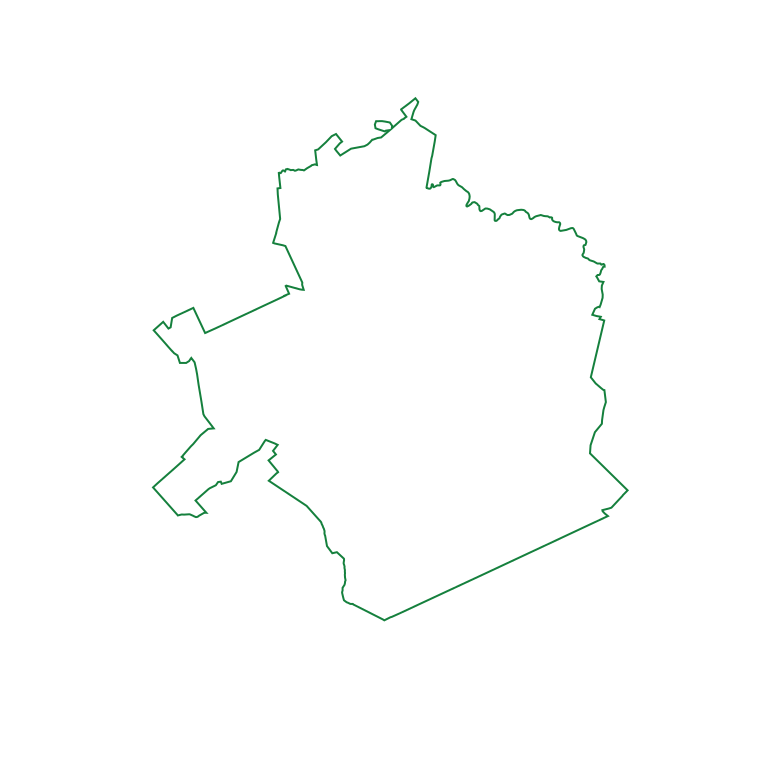 the district of Zalves pag., Neretas, Latvia, rotated 146°
{"feature_id": "27541924B93655267023488", "entity_name": "Zalves pag.", "entity_type": "district", "adm_level": 2, "iso_a3": "LVA", "parent_name": "Latvia", "parent_adm1": "Neretas", "projection": "orthographic", "projection_center": [25.189, 56.336], "detail": "fine", "context": "isolated", "style": "outline", "palette": "green", "viewbox_px": 768, "rotation_deg": 146, "n_neighbors": 0, "source": "geoboundaries", "source_scale": "gbopen_adm2", "svg_char_len": 6094}
<svg xmlns="http://www.w3.org/2000/svg" viewBox="0 0 768 768"><g transform="rotate(146 384 384)"><path d="M207.4,593.0L205.8,594.1L200.1,597.0L197.9,598.7L198.2,603.3L206.1,602.6L216.2,602.1L216.4,601.9L216.4,601.6L216.0,593.0L218.8,592.9L219.1,592.7L221.7,593.2L234.7,591.5L232.9,593.4L232.9,597.5L236.3,600.9L238.6,603.0L243.6,606.3L246.5,604.2L248.0,600.8L246.5,598.6L242.2,593.1L240.8,593.0L237.1,591.2L248.5,590.0L251.7,591.5L256.8,592.8L257.1,593.1L261.0,592.1L263.8,591.7L267.3,592.1L279.7,597.5L292.5,597.9L293.1,603.9L293.2,606.1L293.2,606.3L286.1,608.2L283.2,608.4L284.0,618.1L288.8,618.7L297.0,616.9L307.4,615.3L310.4,616.2L314.7,607.9L317.1,603.0L317.5,603.4L318.1,604.4L318.4,604.7L321.7,605.8L322.5,605.6L327.1,605.9L330.8,605.8L331.2,606.1L331.6,606.8L333.2,608.0L335.1,609.8L337.5,610.2L338.6,610.6L339.5,612.2L340.5,612.8L341.8,613.5L342.1,614.1L343.7,616.2L344.2,616.2L344.9,616.8L345.1,616.8L346.2,616.3L347.1,615.5L347.4,615.7L347.7,616.8L347.9,617.2L348.4,617.6L349.0,617.6L351.7,616.6L352.2,616.9L352.5,617.2L352.8,617.9L352.8,618.5L355.1,614.3L360.3,604.4L362.9,605.7L366.0,600.6L377.8,578.9L380.6,576.8L387.0,571.3L388.9,569.6L388.9,569.4L397.0,563.0L396.2,561.8L390.2,555.5L388.6,553.5L395.0,513.8L396.4,512.0L397.9,507.0L399.1,507.9L400.9,509.6L410.0,520.2L410.7,520.2L412.2,511.9L416.8,512.8L416.7,512.5L492.9,524.4L503.8,526.3L499.5,553.7L517.7,556.6L522.7,557.2L529.2,550.3L531.7,550.5L532.3,559.0L544.9,557.3L543.3,545.4L542.0,535.0L541.3,529.8L541.2,529.8L540.8,526.9L539.2,523.2L541.4,515.6L536.3,512.1L532.7,512.0L530.1,513.1L529.9,512.8L529.2,513.2L528.9,507.9L531.3,501.7L533.6,496.4L538.1,487.1L545.1,471.7L550.6,460.0L550.9,457.5L550.4,449.8L550.0,442.4L554.9,445.1L564.7,444.1L575.8,440.9L579.0,440.3L586.6,438.3L590.6,437.2L591.2,436.7L591.5,436.9L592.5,436.7L591.5,433.1L606.0,431.1L627.5,428.3L633.3,427.4L628.4,390.7L628.4,390.3L624.8,389.0L622.6,387.4L618.3,384.9L617.7,384.3L616.7,382.7L615.6,380.9L615.4,380.4L614.9,379.7L614.5,379.0L614.0,378.6L612.7,378.1L611.9,378.2L610.5,378.2L605.4,377.8L604.1,377.2L603.3,376.6L605.4,392.8L588.3,395.0L586.6,395.0L580.0,394.1L576.4,395.5L573.9,394.3L574.4,392.0L565.3,389.0L555.4,393.5L548.2,400.6L530.0,399.7L524.3,399.2L514.7,403.4L513.3,403.8L507.9,395.9L506.2,393.0L513.4,390.6L513.0,386.0L522.4,385.2L521.0,370.7L521.1,370.1L523.3,370.0L533.6,368.2L516.3,326.2L513.4,305.0L513.5,304.1L513.9,302.9L514.0,302.1L514.2,300.6L514.6,299.2L514.8,297.6L515.5,295.4L516.2,294.3L516.7,293.8L517.1,293.0L517.5,291.9L517.6,291.2L521.9,281.5L521.5,272.6L517.1,270.9L514.9,261.6L515.5,260.4L517.3,258.5L517.9,257.6L518.3,256.0L518.9,254.5L519.6,253.7L520.4,251.7L521.6,250.0L522.0,249.1L523.1,247.8L523.5,247.1L524.5,245.4L525.6,242.8L526.7,242.0L527.8,240.7L529.0,239.6L532.3,238.2L533.8,236.0L535.2,234.8L535.7,233.8L537.0,230.4L538.0,227.5L538.1,227.0L537.0,223.9L536.2,222.8L535.0,220.7L534.4,220.1L533.2,219.4L532.8,219.0L532.8,218.5L516.6,189.5L515.9,187.9L509.0,187.0L507.9,186.6L501.0,185.4L406.1,170.3L272.2,149.3L273.4,153.2L273.9,156.3L273.5,157.3L267.1,155.0L264.6,154.3L248.9,157.9L247.9,158.3L241.5,159.6L252.0,211.3L247.0,217.7L236.1,226.1L225.6,229.2L223.5,232.0L216.7,239.6L214.5,241.5L210.2,244.9L204.7,255.7L205.4,256.3L206.3,259.1L208.2,266.1L208.8,273.9L165.9,313.5L167.0,314.9L169.1,317.3L166.7,318.5L169.8,321.5L172.6,324.9L167.0,328.4L164.3,328.3L162.2,327.7L162.1,327.3L160.0,328.7L154.6,333.2L152.7,335.8L150.4,341.1L148.3,343.8L145.0,345.9L148.2,348.8L147.8,353.1L147.8,354.5L146.0,354.9L144.9,354.2L144.4,354.1L143.8,354.1L142.4,355.0L140.6,356.6L139.9,357.0L138.7,357.4L137.9,357.9L136.8,358.5L136.4,358.5L135.5,357.9L134.7,359.2L134.7,359.6L134.7,360.3L134.9,360.7L135.2,360.9L136.8,361.2L137.1,361.5L137.2,361.8L137.1,362.3L137.2,362.8L139.7,364.5L140.2,365.4L141.6,368.3L144.1,371.4L144.5,372.3L144.6,373.2L144.8,374.0L146.2,375.7L147.3,377.6L147.6,378.5L147.5,379.7L147.0,380.3L145.1,381.1L143.1,383.2L142.7,383.8L142.1,385.8L141.7,386.5L141.0,387.1L140.6,387.2L139.4,386.7L139.1,386.7L136.9,388.5L136.4,389.5L136.3,390.4L136.3,391.2L137.0,392.8L137.6,393.9L140.9,398.6L141.1,399.4L140.7,401.3L140.0,406.5L140.1,407.3L140.5,407.9L141.8,408.6L146.7,409.8L151.4,411.9L152.0,412.2L152.4,412.8L152.6,413.4L152.5,414.1L152.2,414.8L150.8,416.2L148.5,418.0L148.1,418.8L148.1,419.5L148.4,420.2L149.7,421.0L150.7,421.9L151.5,422.8L152.3,424.0L152.6,424.8L152.7,425.7L152.6,426.4L151.7,427.8L151.9,428.4L152.7,429.1L153.4,429.3L154.2,431.0L154.8,431.7L156.5,433.0L157.5,433.9L159.5,436.4L164.0,438.0L166.0,438.3L167.2,438.1L169.1,438.2L169.8,438.4L170.1,438.7L170.4,439.2L170.5,439.8L170.2,441.0L169.6,442.5L169.3,443.4L169.2,444.3L169.2,445.0L169.4,445.7L170.2,447.6L170.2,448.7L170.6,449.6L171.3,450.5L172.9,451.8L176.6,453.7L178.4,454.1L180.1,454.1L182.4,453.5L185.4,454.0L187.0,454.9L187.8,456.1L188.1,457.2L188.9,458.0L189.6,458.1L191.3,458.6L192.1,458.6L194.1,457.9L195.7,456.8L197.0,456.8L199.1,456.4L199.8,456.5L200.5,457.0L200.7,457.3L200.7,457.8L200.5,458.2L197.5,462.4L197.1,463.0L196.8,464.2L196.8,464.9L197.0,465.6L198.6,469.6L200.2,471.6L201.5,472.6L201.9,472.8L206.1,472.8L207.1,473.2L207.5,474.1L207.3,474.9L207.1,475.6L205.7,477.8L205.5,478.3L206.0,480.2L205.9,480.9L206.0,481.5L207.2,484.1L208.8,484.9L209.6,485.0L210.9,484.5L214.2,484.4L215.8,484.7L216.1,485.1L216.1,485.5L215.8,486.0L215.2,486.5L212.6,487.8L211.6,488.1L209.6,489.8L208.2,491.4L207.5,492.8L207.0,494.3L207.0,495.2L207.1,496.2L207.8,497.7L208.7,500.7L209.3,503.6L211.1,507.2L211.3,508.9L211.0,512.1L211.0,512.8L211.1,513.5L211.8,514.9L212.2,515.4L212.7,515.6L215.4,516.0L216.8,516.5L220.4,518.5L223.3,519.4L224.2,519.5L224.8,519.4L224.9,519.2L225.4,518.1L225.7,517.7L226.2,517.4L226.6,517.4L228.9,518.9L232.6,519.3L232.9,519.9L232.9,520.2L232.1,521.6L232.0,522.1L232.2,522.5L232.4,522.7L232.7,522.7L233.1,522.5L233.9,521.4L235.1,520.5L236.3,520.2L236.8,520.3L237.4,520.7L238.3,521.7L238.5,522.3L239.0,522.6L238.9,523.1L227.6,534.8L218.4,544.6L216.5,546.2L206.4,556.6L202.0,561.4L207.1,573.4L207.8,574.8L209.4,577.6L210.6,584.8L213.2,588.2L207.4,593.0Z" fill="none" stroke="#15803d" stroke-width="2"/></g></svg>